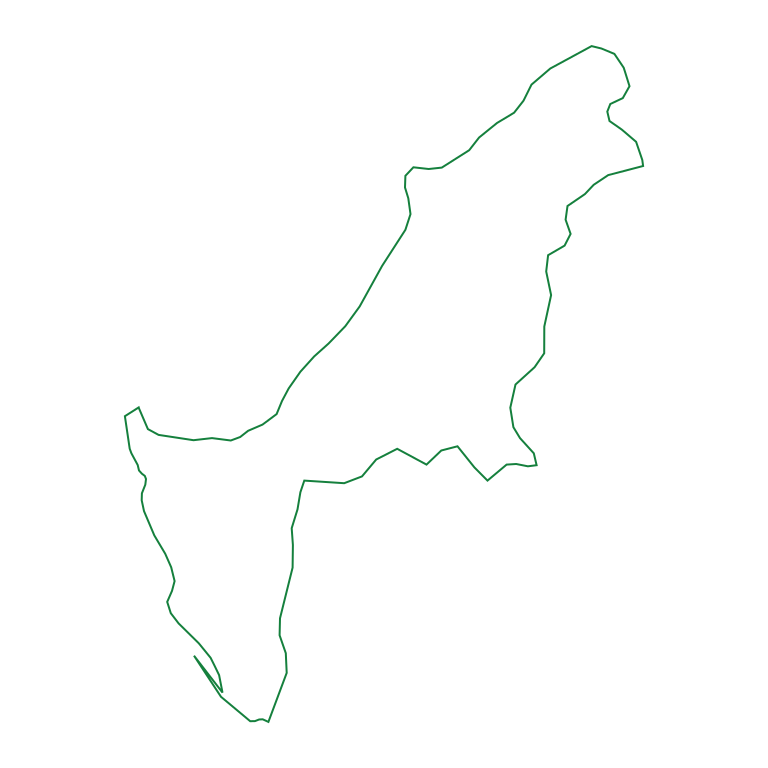 an SVG outline of Kaohsiung City
{"feature_id": "TWN-1156", "entity_name": "Kaohsiung City", "entity_type": "Special Municipality", "adm_level": 1, "iso_a3": "TWN", "parent_name": "Taiwan", "parent_adm1": "", "projection": "robinson", "projection_center": [120.587, 22.979], "detail": "fine", "context": "isolated", "style": "outline", "palette": "green", "viewbox_px": 768, "rotation_deg": 0, "n_neighbors": 0, "source": "natural_earth", "source_scale": "10m", "svg_char_len": 1582}
<svg xmlns="http://www.w3.org/2000/svg" viewBox="0 0 768 768"><path d="M268.4,721.9L262.7,719.3L259.1,719.5L255.0,721.1L250.2,721.2L221.0,696.8L194.0,655.7L222.5,692.6L219.1,675.1L214.4,665.4L210.6,657.8L198.8,643.3L178.6,623.4L170.8,613.2L167.2,601.9L172.0,590.9L174.6,581.1L171.2,567.3L165.2,553.7L154.3,535.4L144.0,511.1L141.7,500.3L141.9,493.3L145.3,484.7L146.0,479.0L144.8,475.9L141.9,473.7L139.0,470.5L137.7,465.0L131.4,453.3L129.7,448.7L124.9,416.2L138.7,407.4L139.0,408.4L147.9,429.1L158.6,434.9L193.5,440.2L212.0,438.1L230.8,440.5L240.2,437.0L248.1,430.8L262.5,424.6L276.6,414.1L282.0,401.0L288.7,388.4L300.4,371.7L314.2,356.4L328.6,343.5L345.3,326.2L359.7,306.4L382.1,265.9L405.4,229.8L410.5,214.1L408.3,198.3L405.0,187.5L405.4,175.8L413.4,167.3L428.7,169.0L441.8,167.6L469.2,150.2L479.1,137.5L497.0,123.0L514.1,112.7L523.5,100.7L531.5,84.6L550.3,68.5L591.6,46.1L601.4,48.5L614.4,53.9L623.7,67.7L625.2,72.4L629.5,86.2L622.8,98.1L610.3,104.0L607.3,111.6L609.5,121.0L621.8,129.6L636.1,141.8L642.3,160.0L643.1,166.0L608.2,175.1L593.7,184.8L584.9,194.1L567.5,206.0L565.6,219.7L570.6,233.9L564.6,245.6L548.1,255.2L546.2,271.5L551.1,295.1L544.3,326.5L544.2,353.3L534.6,367.2L515.5,384.5L510.3,407.7L513.4,427.2L520.0,438.1L533.8,453.3L536.6,465.2L527.9,466.3L516.2,464.0L506.6,464.6L487.5,480.6L474.4,467.4L457.5,446.3L441.3,450.5L426.5,464.6L397.2,448.8L376.2,459.5L362.0,476.4L344.2,483.2L304.3,480.6L300.4,492.2L297.5,509.4L291.7,528.2L292.9,545.0L292.6,567.6L280.0,618.3L279.6,635.3L285.8,653.2L286.7,672.9L268.4,721.9Z" fill="none" stroke="#15803d" stroke-width="2"/></svg>